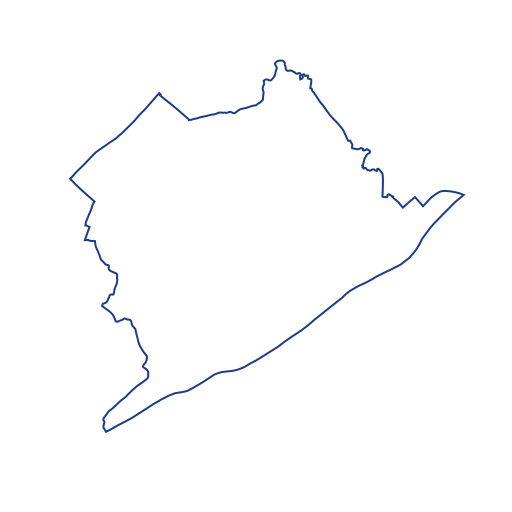 Cau Ke, Trà Vinh, Vietnam (Mercator projection), rotated 279°
{"feature_id": "81297802B65507223487475", "entity_name": "Cau Ke", "entity_type": "district", "adm_level": 2, "iso_a3": "VNM", "parent_name": "Vietnam", "parent_adm1": "Trà Vinh", "projection": "mercator", "projection_center": [106.099, 9.855], "detail": "fine", "context": "isolated", "style": "outline", "palette": "blue", "viewbox_px": 512, "rotation_deg": 279, "n_neighbors": 0, "source": "geoboundaries", "source_scale": "gbopen_adm2", "svg_char_len": 6092}
<svg xmlns="http://www.w3.org/2000/svg" viewBox="0 0 512 512"><g transform="rotate(279 256 256)"><path d="M351.2,100.1L350.0,99.1L345.0,93.5L342.1,90.6L335.8,84.0L333.0,81.3L330.6,79.5L319.5,71.9L311.6,66.0L303.2,60.4L299.1,65.8L293.0,74.6L292.2,76.0L290.1,79.2L284.5,88.0L283.7,87.5L281.6,86.8L279.9,86.4L276.2,85.9L264.2,83.0L263.6,82.7L259.5,82.7L259.6,83.7L258.6,87.0L244.9,84.5L245.6,87.9L245.5,88.2L245.0,88.9L245.5,94.7L244.4,94.9L241.5,95.8L239.7,96.6L236.2,98.9L232.3,101.3L229.0,102.9L227.7,103.9L226.6,105.7L224.4,108.5L224.0,109.2L223.8,111.7L223.6,112.0L223.0,112.3L221.2,112.3L220.4,112.5L219.8,112.8L219.2,113.5L218.5,114.6L217.8,117.1L217.2,119.9L216.7,121.0L216.2,121.5L215.6,121.8L214.3,122.0L213.4,122.0L212.4,122.1L210.9,122.8L208.5,122.9L206.9,122.8L202.4,121.7L200.9,121.5L196.6,121.4L196.2,121.3L195.6,120.9L195.4,120.6L195.4,119.5L195.1,118.4L194.8,118.0L194.2,117.6L192.2,117.4L191.6,117.0L190.7,116.7L189.0,116.4L187.7,116.0L186.6,115.2L186.0,114.4L184.8,112.2L184.3,112.0L183.9,111.9L182.4,111.9L182.2,112.6L181.4,113.9L178.5,119.7L177.2,121.7L175.6,123.8L172.5,126.0L170.0,127.4L169.4,128.0L169.3,128.4L169.4,129.3L169.9,130.4L170.9,131.7L172.1,134.1L173.4,135.3L173.8,136.2L173.7,136.7L173.1,138.9L173.3,140.1L173.2,141.7L172.6,142.4L171.8,143.0L169.7,143.8L168.3,144.6L167.4,145.3L165.2,148.0L164.3,148.6L161.9,149.4L151.9,153.7L148.8,155.5L143.6,160.0L140.5,163.4L139.6,164.1L138.6,164.2L136.2,164.2L134.8,164.0L132.7,163.2L130.8,161.9L129.2,161.7L128.7,161.9L128.2,162.7L127.1,165.2L125.7,166.8L124.6,167.6L123.8,167.9L122.0,168.0L120.1,168.4L118.1,167.9L114.3,164.5L108.8,158.7L104.4,155.1L102.0,153.3L99.6,151.5L96.6,149.4L93.8,146.8L92.0,145.1L84.6,139.4L81.7,136.9L80.8,135.9L79.1,134.5L75.3,132.7L72.6,131.1L72.0,130.9L70.5,130.8L69.9,131.1L68.9,131.9L68.4,132.2L67.8,132.2L66.5,132.2L65.2,131.9L63.2,132.0L62.4,132.3L61.4,133.4L58.9,135.3L61.6,139.2L66.9,145.7L72.0,152.7L76.5,158.6L87.6,171.1L93.4,177.5L97.4,182.5L99.0,184.3L104.1,191.2L107.8,197.5L110.0,204.2L111.8,208.9L114.9,213.2L118.5,217.7L124.2,224.5L132.3,233.3L134.2,236.5L136.1,240.6L137.4,245.2L138.6,250.0L140.1,253.9L140.6,255.2L143.4,260.2L145.2,262.7L148.5,266.6L151.9,271.2L155.1,275.1L169.8,291.9L176.4,298.2L182.5,304.6L188.9,311.7L195.1,317.7L201.5,323.1L218.4,338.5L227.9,347.3L232.9,351.1L235.1,353.2L237.3,355.5L242.4,361.9L247.7,369.8L251.8,375.1L254.2,377.7L259.9,385.7L264.0,391.8L270.2,400.3L278.3,407.8L284.2,411.4L288.0,413.5L291.4,414.8L294.1,415.9L298.8,417.3L303.8,419.9L311.2,423.8L315.6,426.5L326.1,433.9L340.5,444.3L348.8,451.6L349.4,449.1L349.9,446.0L350.1,443.8L350.3,439.4L350.0,433.3L349.4,430.4L348.8,428.6L347.5,426.5L345.2,423.9L342.2,420.9L339.4,418.6L331.3,413.2L339.1,403.8L332.1,397.8L326.8,393.5L329.7,390.1L331.3,388.4L332.6,386.2L333.0,385.8L334.0,383.8L335.7,381.6L336.2,382.0L336.3,381.8L336.3,381.1L336.5,380.6L336.9,379.9L337.1,378.9L337.7,378.3L337.8,378.1L337.6,377.3L337.3,377.0L336.8,376.4L336.3,376.3L335.1,376.5L334.7,376.4L334.6,376.2L334.4,374.4L334.2,373.1L334.5,371.6L344.5,370.4L351.5,369.4L355.6,368.5L357.3,367.9L358.1,367.0L360.3,364.7L361.0,363.6L361.3,363.1L361.2,362.8L361.1,362.4L360.9,362.2L359.5,362.3L358.9,362.0L358.9,361.5L359.1,360.7L359.9,359.0L359.9,358.2L359.7,357.5L359.3,356.9L358.2,355.8L358.1,355.2L358.4,354.2L358.3,352.7L359.9,350.7L360.2,350.0L360.1,349.4L359.3,348.9L359.2,348.6L359.8,348.0L360.4,347.2L360.7,347.2L361.4,347.6L361.9,347.4L362.1,346.9L363.0,347.3L363.5,347.5L367.8,347.8L369.0,348.0L371.3,348.8L373.1,349.6L373.7,349.9L374.7,350.8L375.2,351.8L375.7,352.2L376.3,352.3L377.8,351.9L377.9,351.2L378.8,349.3L378.9,348.8L378.7,348.5L378.1,348.0L377.8,347.6L377.1,345.8L377.1,345.4L377.1,345.2L377.4,344.9L378.1,345.0L378.6,344.8L378.9,344.2L379.0,342.9L379.0,342.6L378.5,342.1L377.6,340.6L377.3,339.6L377.3,337.9L377.5,335.5L377.4,334.3L377.6,334.0L378.3,333.7L380.7,333.8L381.5,333.5L383.5,331.7L384.7,331.0L384.2,329.1L386.9,327.1L390.1,325.1L393.8,322.5L395.5,320.8L399.8,316.0L402.4,312.6L402.5,312.3L406.5,307.2L415.4,298.4L417.2,296.2L418.5,294.9L422.7,291.0L423.8,290.1L425.6,288.2L426.0,287.9L426.6,287.6L427.0,286.7L427.5,286.1L427.9,285.8L429.6,285.1L429.9,284.8L430.0,284.6L430.2,283.4L433.1,283.3L436.3,283.4L437.8,283.2L438.7,283.0L439.0,282.8L439.2,282.4L439.4,279.7L439.6,279.6L442.3,279.0L441.6,276.5L441.6,276.3L442.9,275.2L443.0,274.8L442.6,274.0L442.0,273.6L441.6,273.7L440.5,274.1L439.6,274.3L439.2,274.2L438.9,274.1L438.0,273.2L437.3,272.1L438.4,271.7L439.9,271.3L440.4,271.3L441.3,271.7L441.8,271.8L442.2,271.7L442.7,271.5L443.3,271.0L443.4,270.3L443.3,269.6L442.4,268.2L442.4,267.9L442.6,266.7L443.3,265.7L444.0,263.8L444.6,261.9L444.6,260.9L444.5,260.4L444.2,259.8L444.0,259.0L443.9,258.3L444.0,257.6L444.3,257.1L444.9,256.3L445.4,256.0L446.7,255.8L447.3,255.8L447.8,255.6L449.1,254.5L450.6,254.4L451.2,254.2L452.5,253.1L452.9,252.4L453.1,251.7L453.0,250.7L452.7,249.0L452.5,248.2L451.9,246.9L451.1,245.9L450.2,245.2L449.2,244.6L448.6,244.8L447.4,245.4L445.5,247.0L444.4,247.1L441.5,246.6L440.8,246.5L438.0,246.6L437.4,246.1L436.4,246.1L434.6,245.1L432.5,243.8L431.9,243.2L431.5,242.4L431.5,241.7L431.6,241.3L432.1,240.2L432.0,238.6L431.8,237.9L431.6,237.5L430.3,236.2L427.7,237.1L427.1,237.1L424.3,236.4L423.3,236.3L422.5,236.4L421.0,236.8L419.5,237.7L418.9,237.9L413.9,238.1L412.9,238.1L411.6,238.4L410.1,237.5L408.0,235.8L406.9,234.2L405.1,232.7L404.7,231.9L404.1,230.0L403.4,228.3L402.6,226.6L401.1,224.0L400.4,222.3L399.5,219.8L399.0,218.5L398.3,217.3L397.4,216.1L394.0,213.0L393.7,212.6L393.6,212.3L393.7,211.0L393.9,210.0L394.4,208.2L394.3,207.7L393.6,206.3L393.3,205.6L392.7,204.3L392.7,203.6L392.8,202.9L392.7,202.4L392.5,202.0L392.3,201.4L392.3,199.6L392.0,197.4L391.7,196.8L389.7,193.5L388.3,189.1L386.8,185.8L384.3,179.2L383.2,177.1L382.7,176.2L381.7,173.4L380.6,171.1L379.7,168.6L380.3,168.4L387.1,157.6L391.4,150.5L395.5,143.3L396.5,141.3L396.9,140.9L398.6,137.8L399.7,136.0L400.7,136.5L401.7,134.8L385.8,124.9L381.4,122.0L380.5,121.2L376.2,118.2L370.5,114.8L366.0,111.5L355.9,104.0L352.4,100.9L351.2,100.1Z" fill="none" stroke="#1e3a8a" stroke-width="2"/></g></svg>